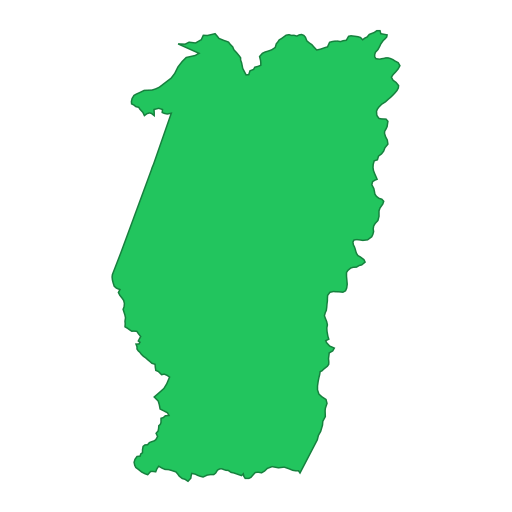 outline of Pirenópolis, Goiás, Brazil
{"feature_id": "56859067B31927266402805", "entity_name": "Pirenópolis", "entity_type": "district", "adm_level": 2, "iso_a3": "BRA", "parent_name": "Brazil", "parent_adm1": "Goiás", "projection": "mercator", "projection_center": [-48.996, -15.826], "detail": "fine", "context": "isolated", "style": "filled", "palette": "green", "viewbox_px": 512, "rotation_deg": 0, "n_neighbors": 0, "source": "geoboundaries", "source_scale": "gbopen_adm2", "svg_char_len": 5209}
<svg xmlns="http://www.w3.org/2000/svg" viewBox="0 0 512 512"><path d="M322.0,370.8L323.5,369.3L327.4,366.2L328.7,364.3L328.8,362.1L328.5,358.6L329.2,352.9L332.7,350.9L334.3,348.1L332.1,347.1L329.7,346.1L326.6,342.7L325.7,340.7L328.8,339.2L327.9,336.4L327.0,331.3L326.8,327.9L327.4,324.9L326.7,321.7L325.3,318.2L324.4,315.7L325.3,312.5L326.3,310.4L326.7,307.5L327.0,303.8L327.4,300.8L327.4,298.8L327.6,295.4L329.9,292.3L333.4,291.5L335.5,291.7L339.1,291.8L342.9,292.2L345.5,290.8L346.7,288.0L347.2,284.2L346.5,276.2L346.5,272.5L347.8,270.5L349.3,269.2L350.8,268.0L353.1,267.3L356.5,267.1L359.2,265.5L361.7,264.9L365.1,262.1L363.9,259.6L360.4,257.0L357.9,255.6L356.5,253.4L355.8,251.4L355.2,249.1L354.4,246.8L353.4,244.9L352.9,242.0L354.1,239.9L356.8,239.6L359.8,239.9L362.8,240.4L367.6,239.8L371.7,236.8L372.8,234.5L373.6,231.6L373.2,228.8L373.7,225.9L375.2,223.4L377.9,220.5L379.0,216.3L379.0,210.8L380.0,208.0L382.8,204.0L383.7,201.3L381.8,199.2L378.9,198.3L376.4,196.3L374.9,194.1L374.5,191.8L373.8,188.5L371.8,184.7L372.6,181.6L375.0,180.1L377.1,179.3L375.9,176.5L374.7,173.8L373.5,170.7L373.0,167.6L373.2,164.4L374.2,160.8L377.4,159.8L378.5,156.1L381.5,153.9L383.6,151.2L384.9,147.8L387.9,144.1L387.3,140.1L385.5,136.6L384.5,133.3L384.7,131.1L386.0,129.0L387.1,126.6L387.9,121.3L386.0,119.1L381.4,118.9L378.9,118.4L376.8,115.3L376.5,111.2L377.5,108.9L379.0,106.9L381.7,104.2L385.5,101.8L388.3,99.2L390.6,97.3L392.8,95.2L394.7,93.2L396.9,90.6L398.3,88.0L398.6,85.6L396.1,82.5L393.0,80.2L391.4,77.2L393.0,74.7L395.5,72.1L398.1,69.0L399.9,65.7L398.2,62.7L394.8,60.9L392.9,59.6L390.3,58.5L388.1,57.9L385.8,57.9L383.9,58.4L381.7,58.7L379.7,59.2L375.9,58.7L374.7,56.8L374.7,54.6L375.4,52.3L377.9,49.6L379.7,46.3L380.7,44.1L382.1,42.1L383.3,40.4L384.9,39.0L386.7,37.0L387.1,34.9L380.8,33.7L380.0,30.7L376.8,30.7L374.2,32.5L369.3,34.4L367.1,37.0L364.6,38.2L362.7,39.8L360.5,37.5L357.9,36.7L355.1,36.3L351.0,35.8L348.6,36.3L346.3,40.3L343.2,40.7L340.5,41.6L337.6,41.1L334.4,41.2L332.0,41.6L329.6,42.3L327.5,46.9L325.3,47.5L320.4,49.2L316.7,50.0L313.8,46.9L311.8,44.6L309.5,43.1L306.8,40.8L305.4,37.2L303.8,35.4L301.5,34.5L299.2,34.9L296.9,36.1L294.0,35.3L291.4,35.4L289.0,34.7L286.1,35.2L281.6,38.5L279.2,39.9L277.8,42.0L276.3,43.8L275.2,47.5L271.9,49.7L269.9,50.5L267.5,51.3L265.1,52.0L262.4,53.3L259.6,56.5L260.6,60.7L260.8,62.9L260.8,65.3L258.0,66.4L254.8,67.2L253.6,69.4L250.0,70.8L248.7,74.7L246.1,74.9L244.2,71.3L242.7,68.4L242.3,66.3L241.6,62.8L240.6,60.0L240.6,57.8L239.4,56.1L236.6,52.7L233.9,49.8L232.7,46.9L230.0,44.1L228.5,42.1L226.1,41.2L224.0,40.5L218.9,38.4L217.5,36.5L215.1,33.7L207.4,35.5L203.3,35.3L201.3,39.7L195.5,43.0L189.1,42.2L185.1,44.2L178.1,43.9L199.0,53.3L195.2,55.5L186.2,57.5L182.2,61.5L178.0,66.9L174.7,73.5L171.1,78.2L159.2,87.3L155.7,88.9L151.9,90.1L144.2,90.4L139.9,92.5L136.3,94.1L134.0,95.4L132.1,98.5L131.4,101.6L131.6,103.9L133.7,104.9L135.8,106.6L138.7,107.3L140.0,109.3L142.9,112.4L144.4,115.6L146.9,113.7L149.5,112.9L151.4,113.4L154.2,115.6L154.2,112.9L154.0,109.5L158.7,108.3L162.5,109.5L162.2,112.5L164.4,113.4L167.3,114.0L171.3,113.2L153.6,164.1L152.1,167.7L151.4,169.9L147.0,181.9L134.2,216.6L133.3,219.1L120.8,252.9L112.4,274.6L112.1,277.0L112.4,279.8L113.1,282.7L114.2,286.2L116.2,288.0L118.1,288.9L120.0,289.5L118.4,292.5L119.9,295.4L122.2,298.3L123.7,300.5L124.4,303.5L124.1,306.8L123.1,309.3L124.0,312.1L124.9,314.9L125.5,317.8L125.0,321.2L125.2,323.8L125.0,326.8L127.7,328.4L129.6,329.8L131.7,331.2L133.9,331.1L136.8,331.3L138.5,333.8L140.7,336.5L139.5,338.7L138.3,341.0L140.0,342.2L138.9,344.0L136.0,344.1L137.0,346.7L137.0,349.0L138.3,350.9L139.9,352.3L141.2,354.1L143.4,356.3L145.6,357.8L147.8,359.8L149.9,361.5L151.9,363.3L155.1,364.3L155.3,367.3L155.8,370.4L158.4,371.5L161.6,374.7L164.2,374.1L167.2,375.4L169.6,377.1L168.6,379.4L166.8,383.7L163.9,388.5L157.0,394.6L154.2,397.0L158.2,401.0L159.3,404.7L160.1,409.0L167.5,412.8L169.0,415.5L165.3,415.8L163.3,417.6L161.0,418.3L161.0,422.4L160.3,424.4L158.8,425.7L158.6,428.4L158.1,431.0L156.1,433.3L157.6,436.5L155.8,439.7L154.1,440.9L151.4,441.8L149.4,442.6L147.5,444.8L145.0,444.9L143.1,446.4L142.5,449.7L142.5,452.7L140.7,454.0L140.2,456.1L137.0,456.5L135.0,459.3L134.1,462.3L134.7,465.2L135.8,467.5L138.4,469.4L141.6,472.0L144.9,473.7L147.7,474.7L150.6,471.5L152.7,471.4L155.7,471.8L156.9,468.8L158.7,466.2L162.0,468.1L165.0,469.4L168.6,469.6L171.4,470.4L175.9,471.9L177.8,474.1L179.2,476.1L182.2,478.5L185.0,479.3L188.0,481.3L190.8,478.2L191.1,475.9L191.8,473.4L195.4,474.2L197.5,475.3L200.3,476.3L203.1,477.0L207.2,475.1L210.3,474.6L213.7,474.6L215.6,473.1L217.5,470.1L219.7,468.9L221.8,468.8L223.9,469.6L226.1,470.3L228.2,470.4L231.1,472.4L233.7,472.9L238.6,474.6L241.6,475.6L243.3,473.8L243.8,476.2L245.2,478.4L248.8,478.4L250.9,477.4L253.6,474.3L255.3,472.5L258.2,472.2L261.6,472.8L264.6,471.0L267.3,468.4L272.1,466.6L278.5,467.8L284.2,467.1L289.1,468.8L292.7,470.3L295.8,470.8L298.5,470.8L300.0,473.0L316.1,442.1L317.3,439.8L318.4,435.4L320.7,431.3L322.5,425.1L322.8,421.3L325.3,416.6L325.1,410.6L325.4,408.1L327.0,403.4L326.0,399.5L321.9,396.8L318.9,394.1L317.5,389.9L317.5,386.0L318.1,381.7L318.9,377.6L319.6,374.9L320.1,371.7L322.0,370.8Z" fill="#22c55e" stroke="#15803d" stroke-width="1.5"/></svg>